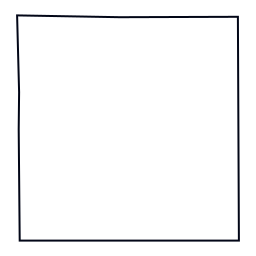 Lake, Michigan, United States of America
{"feature_id": "52423323B68600605298438", "entity_name": "Lake", "entity_type": "district", "adm_level": 2, "iso_a3": "USA", "parent_name": "United States of America", "parent_adm1": "Michigan", "projection": "mercator", "projection_center": [-85.866, 43.991], "detail": "fine", "context": "isolated", "style": "outline", "palette": "ink", "viewbox_px": 256, "rotation_deg": 0, "n_neighbors": 0, "source": "geoboundaries", "source_scale": "gbopen_adm2", "svg_char_len": 214}
<svg xmlns="http://www.w3.org/2000/svg" viewBox="0 0 256 256"><path d="M119.6,17.2L17.1,15.4L19.1,92.2L18.7,129.2L19.7,240.6L238.9,240.6L237.9,16.8L119.6,17.2Z" fill="none" stroke="#020617" stroke-width="2"/></svg>